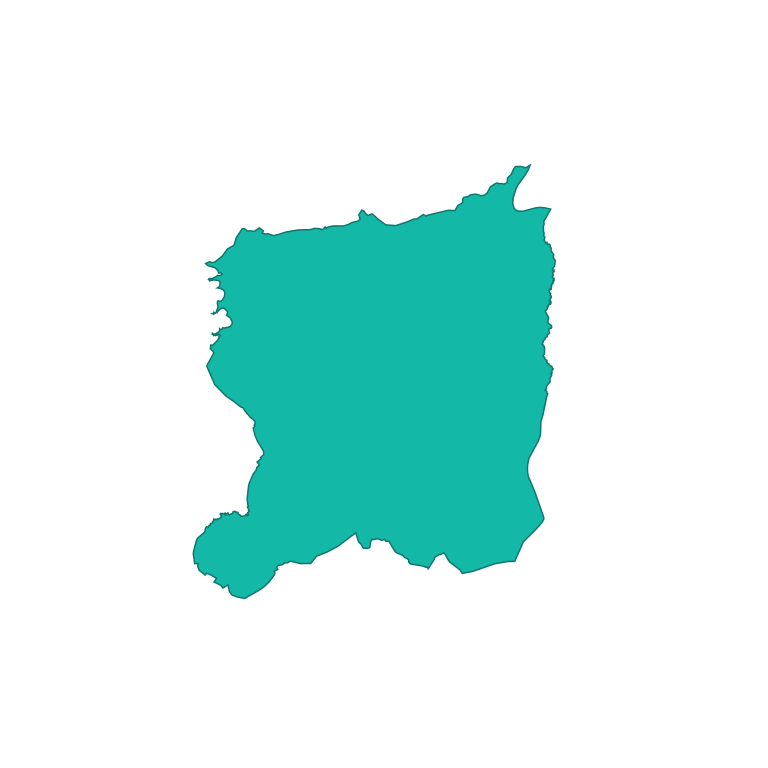 the district of Don Chan, Kalasin, Thailand, rotated 310°
{"feature_id": "78962969B80521164752578", "entity_name": "Don Chan", "entity_type": "district", "adm_level": 2, "iso_a3": "THA", "parent_name": "Thailand", "parent_adm1": "Kalasin", "projection": "mercator", "projection_center": [103.693, 16.477], "detail": "fine", "context": "isolated", "style": "filled", "palette": "teal", "viewbox_px": 768, "rotation_deg": 310, "n_neighbors": 0, "source": "geoboundaries", "source_scale": "gbopen_adm2", "svg_char_len": 6171}
<svg xmlns="http://www.w3.org/2000/svg" viewBox="0 0 768 768"><g transform="rotate(310 384 384)"><path d="M645.5,355.3L640.7,353.5L638.4,348.7L635.5,345.4L634.6,344.9L631.9,345.1L626.6,346.7L621.2,346.2L617.9,348.6L616.9,348.8L614.2,347.3L612.9,344.9L611.3,343.2L610.5,341.2L608.7,340.3L603.3,338.8L596.9,340.2L593.5,339.7L591.9,338.6L590.5,336.9L588.5,332.3L584.7,328.8L581.4,327.8L578.4,325.3L576.0,325.4L573.7,327.5L572.0,327.3L568.2,325.8L562.4,326.9L558.5,321.7L541.8,309.2L539.4,307.9L539.6,306.9L539.0,306.0L539.1,305.2L531.2,302.9L529.4,300.7L524.1,298.1L512.9,291.2L507.1,283.2L506.4,274.0L506.8,266.2L506.4,265.3L502.6,263.3L502.7,260.2L503.5,258.0L502.9,255.2L497.5,255.9L495.0,259.7L494.2,259.9L491.5,259.0L486.8,255.5L483.1,254.1L479.0,251.3L472.4,243.5L468.9,240.7L466.1,239.4L466.4,238.0L463.0,237.8L461.8,236.0L461.7,235.0L458.6,230.8L455.2,228.6L446.6,219.0L437.8,211.5L429.9,206.5L426.7,204.0L424.3,198.1L422.7,196.9L421.3,193.8L423.7,193.3L423.5,188.2L417.4,186.4L414.9,182.4L413.5,181.4L413.3,177.2L411.8,175.6L401.5,176.7L393.8,179.9L387.0,177.3L378.0,177.9L368.4,175.9L366.7,174.6L365.5,171.8L361.6,169.9L361.5,172.5L362.0,174.5L364.4,179.4L364.1,184.0L362.7,185.7L362.9,186.4L364.4,187.3L364.2,189.0L363.9,189.5L363.3,189.5L360.9,187.9L360.4,186.7L358.9,186.6L353.9,184.4L353.2,183.0L351.4,182.0L351.4,181.6L351.3,182.2L352.4,182.9L351.3,183.3L350.9,184.2L352.5,184.9L352.7,185.7L354.2,186.5L357.1,191.1L356.8,192.8L354.1,194.9L352.2,195.2L350.5,194.6L351.7,196.5L352.8,199.6L352.5,201.5L351.4,203.7L348.6,205.4L344.9,206.2L342.8,205.9L341.7,204.9L341.0,203.4L340.5,203.3L339.1,204.1L335.9,207.7L332.3,208.7L331.4,210.0L330.1,208.6L328.8,208.7L329.1,207.7L328.5,207.8L328.1,208.1L328.1,207.6L327.6,207.3L328.1,208.2L329.0,207.9L328.3,208.8L329.1,209.0L328.8,209.4L329.9,208.7L331.3,210.2L334.2,210.0L337.4,210.8L338.7,211.8L339.2,213.1L338.9,217.4L338.2,218.2L335.4,219.3L335.8,223.6L334.0,227.9L332.2,229.1L329.2,229.4L324.2,225.7L323.5,224.3L322.0,224.6L320.7,224.0L320.7,222.5L319.3,223.8L318.1,224.0L314.5,222.9L313.9,223.2L313.4,222.7L313.2,221.7L312.5,221.4L312.4,220.2L313.2,219.4L311.6,220.6L312.3,221.6L311.7,222.2L312.7,222.4L312.4,223.2L313.0,224.1L314.9,224.4L314.6,225.5L315.3,225.0L315.8,225.3L315.9,227.5L310.3,228.4L303.5,227.8L302.6,226.3L299.3,228.3L299.2,231.7L298.5,233.6L284.9,236.4L283.6,237.0L274.8,254.7L273.2,270.5L274.1,280.7L274.3,289.0L275.2,291.4L274.0,294.6L274.1,296.0L273.3,297.6L273.1,300.6L272.5,302.5L272.8,306.6L272.1,309.3L271.0,310.7L269.0,311.0L268.6,312.3L266.2,312.1L262.0,317.8L258.8,323.9L255.3,334.6L252.5,337.3L248.3,336.6L247.8,337.8L242.7,336.9L241.7,340.5L238.0,340.3L236.4,341.4L230.8,341.7L221.2,344.6L218.5,346.0L207.9,353.1L203.8,357.5L203.3,358.7L202.1,358.3L200.8,361.1L200.0,361.5L199.7,362.7L197.7,362.3L196.4,364.4L195.1,363.6L196.0,362.5L195.2,362.1L194.6,362.6L192.0,361.0L190.8,359.4L191.2,358.5L190.8,356.0L191.6,354.9L191.3,353.5L190.7,353.2L190.7,351.5L188.9,350.5L187.7,351.3L184.4,349.5L184.1,348.6L184.9,347.9L184.9,347.2L183.1,346.7L183.0,345.7L181.9,347.0L181.5,345.8L182.1,345.0L179.7,342.0L179.0,342.2L179.5,343.0L178.7,343.5L178.6,344.2L177.9,344.0L177.7,344.8L176.9,345.0L174.3,344.1L173.6,343.0L172.7,343.1L172.2,342.0L171.2,341.8L171.2,340.4L169.2,341.4L168.2,341.2L167.5,342.0L165.4,340.8L164.1,341.7L163.4,340.9L161.1,341.5L160.6,339.8L158.8,340.0L155.3,341.8L146.3,340.3L144.0,340.7L133.2,345.8L131.4,347.0L124.7,354.5L127.0,357.0L124.5,358.6L122.5,362.0L122.7,369.7L124.7,369.8L125.7,371.1L127.6,380.6L123.0,381.0L124.9,388.1L124.2,391.8L129.8,393.6L125.7,399.0L124.6,403.1L126.9,409.3L130.2,415.1L146.4,421.1L151.4,422.4L158.4,423.2L167.4,422.7L168.8,422.2L170.3,420.3L173.7,421.9L174.8,419.3L176.8,419.5L180.4,422.4L183.3,422.9L185.1,425.2L188.0,425.9L192.7,435.4L199.4,443.2L208.8,443.0L218.6,448.4L230.1,453.0L251.8,458.0L246.6,466.2L246.6,469.1L245.0,473.9L247.7,477.2L249.6,478.2L254.4,475.2L257.2,474.7L258.4,476.3L261.3,478.3L262.8,482.7L265.3,484.3L264.7,486.4L266.7,488.8L263.0,499.5L262.7,501.7L264.7,508.4L264.4,511.6L265.3,514.0L265.0,516.1L263.4,517.5L263.1,519.8L270.2,532.0L270.3,533.7L271.5,534.9L270.8,536.6L282.2,535.2L283.8,534.2L288.9,536.0L289.8,537.1L293.1,538.1L292.7,540.8L290.8,545.3L289.8,549.2L290.5,561.5L289.2,565.7L297.5,572.4L317.5,584.4L327.4,592.8L332.2,598.1L352.6,592.2L370.3,593.8L379.2,594.0L383.2,593.3L384.6,592.0L398.5,568.6L405.9,554.1L408.4,551.0L411.8,547.9L414.9,545.7L420.2,542.8L439.7,538.8L444.3,537.1L447.2,535.4L455.8,528.5L462.5,525.6L478.8,516.8L481.8,515.7L481.8,514.7L483.0,513.3L482.8,511.3L484.5,511.6L485.6,510.5L487.2,509.8L492.5,509.8L495.0,507.5L498.5,506.9L499.3,505.0L500.3,505.7L502.3,504.0L504.3,504.0L504.3,502.8L505.3,501.4L504.8,498.8L505.4,497.6L504.6,496.0L505.4,495.6L505.8,494.2L506.8,493.7L506.6,491.7L506.8,490.4L507.6,490.1L507.7,489.4L507.2,488.1L508.4,487.5L509.9,487.8L515.0,483.7L515.8,482.5L515.7,481.2L516.4,480.5L516.1,479.5L518.8,478.9L519.5,478.2L521.5,478.6L523.4,477.9L525.1,478.6L526.3,477.6L529.3,478.0L531.8,474.9L534.3,476.2L535.6,475.8L536.4,474.4L536.2,470.4L538.3,468.6L540.7,467.4L543.5,460.5L545.7,460.9L547.4,460.4L548.1,459.5L548.6,460.0L550.1,459.1L551.1,459.7L550.9,459.0L551.4,458.8L552.3,459.0L552.1,460.1L553.4,459.9L554.5,458.7L554.5,458.1L553.9,457.9L554.2,457.4L555.8,457.2L556.3,456.3L557.7,456.6L558.9,455.6L558.8,454.2L560.6,453.5L560.4,452.5L561.5,450.1L563.6,450.1L563.2,450.9L563.8,451.2L565.5,450.4L565.8,449.5L566.4,449.5L566.7,448.7L568.1,449.0L568.6,448.2L570.1,448.7L570.4,447.9L572.2,448.0L572.1,447.1L573.1,447.3L574.3,446.3L573.6,445.4L574.2,444.1L576.2,443.9L576.7,442.5L578.7,441.8L579.5,442.1L579.6,440.9L580.4,440.9L579.6,439.8L582.2,438.8L583.8,439.0L588.4,436.0L589.1,435.0L589.3,433.1L590.8,431.5L592.0,431.1L593.6,426.0L595.5,424.9L596.0,423.1L597.3,421.9L597.3,420.7L596.0,419.7L597.3,417.7L595.9,417.1L597.4,413.9L599.6,413.1L600.5,410.9L602.7,409.5L602.9,408.7L606.9,404.9L609.3,403.9L611.1,402.0L625.1,399.3L622.3,393.9L619.6,390.0L616.2,386.8L605.5,379.3L602.6,375.4L602.0,372.9L602.3,370.6L604.9,366.7L609.8,363.2L619.1,359.4L622.7,358.6L634.2,357.9L640.9,356.8L645.5,355.3Z" fill="#14b8a6" stroke="#0f766e" stroke-width="1.5"/></g></svg>